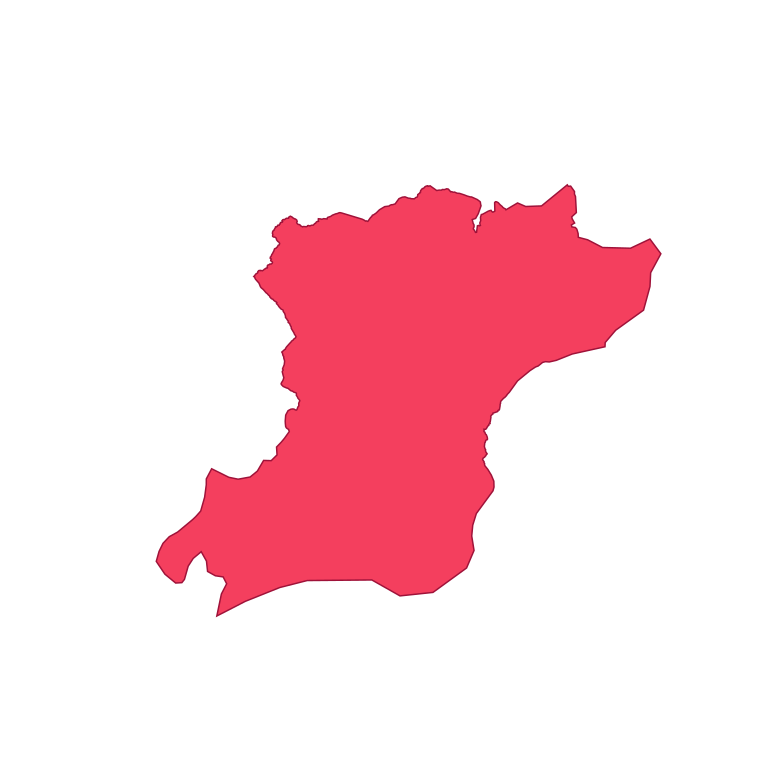 the district of Krachi Nchumuru, Volta, Ghana, rotated 314°
{"feature_id": "2480657B73751367479109", "entity_name": "Krachi Nchumuru", "entity_type": "district", "adm_level": 2, "iso_a3": "GHA", "parent_name": "Ghana", "parent_adm1": "Volta", "projection": "natural_earth1", "projection_center": [-0.055, 8.189], "detail": "fine", "context": "isolated", "style": "filled", "palette": "rose", "viewbox_px": 768, "rotation_deg": 314, "n_neighbors": 0, "source": "geoboundaries", "source_scale": "gbopen_adm2", "svg_char_len": 6168}
<svg xmlns="http://www.w3.org/2000/svg" viewBox="0 0 768 768"><g transform="rotate(314 384 384)"><path d="M654.6,377.5L621.5,373.6L610.1,362.6L607.0,354.3L594.0,350.7L594.3,349.7L593.8,348.1L593.6,346.5L593.8,345.9L593.6,342.9L593.8,340.3L593.3,338.5L592.6,337.6L591.5,337.5L591.2,337.7L585.4,343.6L584.0,343.3L583.1,342.7L583.0,341.5L583.3,340.4L582.5,339.8L580.7,338.9L574.6,337.0L573.5,336.3L570.9,337.6L568.7,340.1L566.5,341.0L565.7,341.9L565.0,343.2L563.9,342.6L563.7,341.8L562.7,341.3L557.4,345.2L556.6,344.5L557.4,342.3L557.5,340.7L558.1,340.1L559.4,339.7L560.1,339.2L561.1,338.0L561.4,336.7L563.6,333.2L566.7,334.9L572.0,333.5L579.6,330.0L580.4,328.7L581.8,326.9L581.9,326.3L581.5,323.0L579.4,317.1L578.6,316.2L577.1,313.5L575.7,310.2L573.6,305.9L572.0,304.0L571.1,301.5L570.0,300.6L569.4,299.1L568.6,298.5L568.9,294.9L568.0,293.5L565.9,292.5L564.4,290.8L563.4,290.7L561.7,288.9L559.8,287.5L558.6,279.5L556.8,278.4L557.0,277.8L556.8,277.6L555.5,276.8L554.0,276.4L553.5,276.6L551.6,276.3L551.5,276.0L551.2,275.8L548.7,276.0L548.2,276.2L547.4,277.0L546.7,276.8L546.0,277.2L545.6,277.0L543.7,276.7L542.4,277.7L541.5,278.0L540.2,277.3L538.3,277.2L536.0,274.6L535.9,274.0L534.6,272.4L533.2,269.1L531.1,267.4L527.7,266.0L521.3,266.9L519.1,265.7L518.0,264.7L516.5,264.1L515.5,264.0L512.1,261.3L506.2,259.7L501.6,259.6L498.6,259.0L497.3,258.4L496.0,258.8L494.4,258.7L489.7,259.4L489.0,257.9L488.3,257.5L488.1,255.9L487.4,253.8L477.7,234.9L476.7,233.3L475.9,232.7L474.2,232.0L472.9,231.1L469.6,229.6L467.5,229.2L464.8,227.8L464.4,227.7L463.2,228.4L461.0,225.7L459.3,224.9L458.9,224.0L457.3,222.0L456.2,222.9L455.5,223.9L454.3,223.0L453.5,222.8L452.0,223.1L451.3,222.7L449.2,222.8L447.6,221.4L446.8,221.2L446.0,220.6L445.5,219.5L444.9,219.1L444.2,219.3L443.1,218.8L441.4,216.7L440.5,216.3L439.9,214.2L440.1,213.4L439.9,212.4L439.1,211.2L439.1,209.9L439.6,208.9L440.6,208.7L441.3,207.4L441.2,205.7L440.8,205.2L440.3,203.3L440.2,201.6L439.6,200.0L437.7,199.6L436.9,200.2L435.3,198.6L433.2,198.3L432.8,197.7L431.9,197.1L430.6,197.2L430.5,198.2L430.1,198.4L429.6,198.4L429.2,197.9L428.4,197.7L428.2,197.4L427.1,198.1L426.5,197.8L425.4,198.3L424.4,197.3L423.3,197.8L422.8,197.4L422.3,197.5L421.7,196.8L420.8,197.3L418.6,197.8L418.2,198.1L417.3,197.8L416.0,198.2L414.8,199.1L414.4,200.1L413.2,200.9L412.8,201.4L413.1,202.6L413.5,203.0L413.9,203.7L414.0,205.3L413.1,206.5L412.8,208.5L413.0,209.9L412.7,211.2L411.4,212.0L410.2,211.5L408.6,212.1L407.7,211.9L406.6,212.0L405.9,211.6L405.1,211.4L402.6,212.6L402.0,212.6L400.4,213.2L399.3,213.3L397.2,214.2L396.3,214.1L395.4,214.8L395.6,216.2L394.4,216.5L394.0,216.9L394.3,218.7L394.1,219.2L393.3,219.7L392.2,219.6L391.7,219.4L391.2,218.6L390.4,218.6L388.7,217.8L387.7,218.1L387.0,219.1L386.6,219.4L386.1,219.3L385.8,218.8L385.1,218.6L384.3,218.6L383.7,218.2L382.3,218.2L381.0,217.9L379.8,216.1L379.5,216.2L379.0,215.4L378.5,215.1L377.1,215.2L376.4,215.9L375.1,215.7L374.6,215.4L370.8,215.7L371.1,216.8L370.5,217.6L370.1,218.9L369.7,224.0L368.1,227.6L367.9,228.9L368.1,231.5L367.7,235.8L367.9,237.1L367.7,239.2L367.9,240.2L367.3,241.5L367.3,242.9L367.1,243.3L367.4,244.5L367.8,245.2L367.6,246.6L367.8,248.2L368.2,249.8L368.2,250.3L367.6,250.4L367.1,250.9L367.2,252.3L366.6,254.9L366.4,257.9L367.0,259.8L367.0,260.2L366.2,261.1L365.7,263.6L364.5,265.8L363.4,267.0L363.3,268.6L362.9,269.9L362.9,271.0L362.6,271.5L361.7,272.3L361.9,273.7L361.8,274.4L360.9,276.3L360.7,277.5L359.7,278.5L359.4,279.3L358.2,283.8L357.7,284.7L357.1,287.6L355.9,288.3L353.8,287.9L352.6,288.1L350.4,287.7L349.3,288.0L348.4,287.9L343.1,288.1L341.5,288.4L340.5,288.9L339.9,288.6L336.0,288.3L335.8,288.7L335.7,289.4L334.3,291.6L334.0,292.9L333.1,293.8L331.6,296.4L331.1,296.9L328.6,298.8L324.6,300.4L324.3,300.6L324.2,301.4L323.7,301.9L322.6,302.0L322.1,302.3L320.1,305.5L319.0,307.5L317.1,308.5L315.3,309.1L314.2,309.2L312.7,309.8L312.3,310.6L312.2,313.2L313.4,316.5L314.2,318.0L314.4,321.5L315.3,323.3L315.5,324.8L316.4,326.6L316.5,327.3L315.9,328.1L315.1,328.6L314.9,329.0L314.6,330.6L314.0,331.9L313.7,334.7L313.4,335.1L310.9,336.0L309.1,337.9L307.7,338.0L305.0,339.2L304.4,339.1L303.8,338.3L303.5,336.9L302.8,335.8L301.2,334.5L298.2,333.5L293.9,334.7L293.2,335.0L288.7,338.7L287.1,340.4L285.0,342.9L284.6,344.5L285.0,346.9L284.0,348.9L276.0,350.1L270.8,350.5L264.0,350.5L258.7,356.3L250.5,356.1L245.4,350.5L233.4,353.4L224.1,352.3L214.2,345.2L209.1,337.2L203.3,318.9L192.3,322.1L188.0,326.2L178.0,333.6L165.3,340.4L157.8,340.7L153.3,340.5L134.1,338.4L125.0,335.6L115.9,335.7L107.3,338.5L98.2,343.4L95.0,358.5L96.1,372.4L100.7,376.6L104.8,376.2L116.9,369.7L126.0,367.9L136.4,369.0L133.3,379.3L126.6,387.3L128.9,395.9L133.5,402.3L131.0,409.6L120.0,412.9L101.0,424.9L131.3,435.2L165.2,450.4L189.3,465.3L234.6,511.4L242.7,542.7L268.1,564.0L309.0,571.2L326.8,564.4L335.6,552.7L344.1,545.9L355.0,540.4L382.9,536.6L386.3,534.7L390.4,530.5L393.0,524.5L394.7,518.0L395.3,513.3L395.9,512.3L396.7,511.6L397.0,510.4L397.6,510.0L398.1,507.5L398.6,507.1L399.0,507.1L399.6,506.8L401.3,507.2L402.1,507.0L402.8,507.1L404.7,506.6L405.1,506.8L405.5,506.6L405.8,504.7L406.6,503.2L407.3,502.8L407.8,501.1L408.3,500.5L408.7,499.7L411.8,497.3L412.4,497.3L414.1,496.4L415.3,496.6L415.8,497.0L416.4,496.6L417.5,495.2L418.6,492.8L418.5,491.8L419.4,490.0L419.2,489.1L419.5,488.6L420.7,487.9L420.9,487.4L422.0,488.6L423.1,488.6L425.8,487.9L427.1,488.1L427.6,487.5L428.2,487.4L429.1,487.8L429.4,487.7L429.7,486.9L430.6,486.7L434.5,483.9L434.9,483.2L435.6,483.0L437.5,483.0L438.0,483.2L438.6,482.6L442.7,484.7L443.4,484.9L444.0,484.4L444.9,484.5L445.2,484.9L445.8,484.8L448.9,482.7L450.1,481.6L451.2,481.2L451.8,480.5L452.8,480.0L457.0,479.9L457.9,480.2L461.1,480.2L461.6,479.9L465.1,479.9L479.0,477.9L494.9,479.7L501.6,481.2L504.0,482.4L509.7,483.1L512.2,484.6L514.7,487.6L520.7,491.5L536.4,498.6L564.3,517.1L567.5,514.3L583.6,513.3L617.4,519.4L638.9,507.6L649.3,498.5L670.0,492.7L673.0,474.6L652.9,467.0L634.0,446.4L629.2,430.3L624.5,421.9L627.1,419.1L629.3,415.2L629.5,412.9L627.5,410.0L628.6,408.3L632.2,409.3L633.5,404.7L634.7,402.9L640.9,403.3L651.9,391.5L652.9,389.1L654.8,387.3L656.0,380.8L654.2,379.2L654.6,377.5Z" fill="#f43f5e" stroke="#9f1239" stroke-width="1.5"/></g></svg>